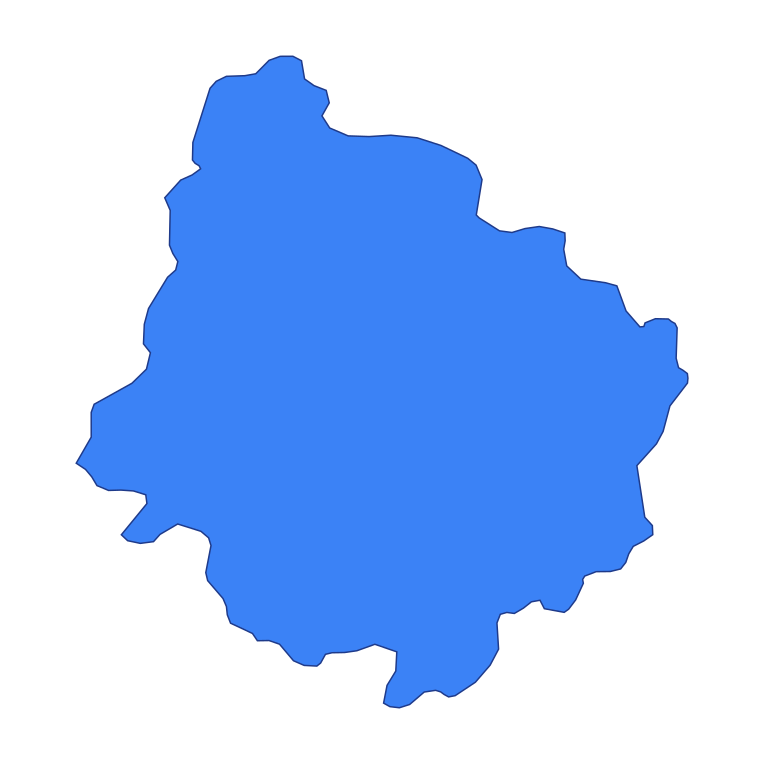 map outline of Łódź (Mercator projection), rotated 93°
{"feature_id": "POL-3147", "entity_name": "Łódź", "entity_type": "Voivodeship", "adm_level": 1, "iso_a3": "POL", "parent_name": "Poland", "parent_adm1": "", "projection": "mercator", "projection_center": [19.498, 51.569], "detail": "fine", "context": "isolated", "style": "filled", "palette": "blue", "viewbox_px": 768, "rotation_deg": 93, "n_neighbors": 0, "source": "natural_earth", "source_scale": "10m", "svg_char_len": 2032}
<svg xmlns="http://www.w3.org/2000/svg" viewBox="0 0 768 768"><g transform="rotate(93 384 384)"><path d="M367.2,81.0L390.9,97.3L416.8,102.8L429.5,108.8L452.3,127.2L503.4,116.6L511.3,108.6L520.4,107.7L527.1,116.3L533.1,126.6L540.8,130.7L549.5,133.2L556.3,138.0L559.4,148.2L560.3,162.3L565.3,173.5L568.8,175.4L572.6,174.5L589.6,181.3L599.2,187.8L602.6,192.1L600.0,212.1L591.8,216.9L593.8,225.4L600.5,233.0L606.3,241.8L605.7,249.4L607.9,255.8L616.7,258.7L642.8,255.7L659.2,263.3L677.0,277.1L691.5,296.6L693.1,303.1L690.9,307.7L688.5,311.3L687.2,316.4L689.5,327.7L702.7,341.6L706.5,351.7L705.9,361.2L702.7,367.7L684.8,365.2L670.0,357.2L650.8,357.2L644.4,379.5L651.8,397.1L654.2,409.3L655.1,421.9L657.0,428.3L666.0,432.7L669.2,436.3L669.2,449.0L665.1,459.9L649.3,474.7L646.2,485.4L647.0,497.0L640.0,502.3L630.9,524.7L622.7,528.4L614.5,529.7L606.7,533.5L589.6,549.8L581.7,552.1L554.4,548.3L546.8,551.1L540.7,559.1L534.6,582.7L545.9,599.8L553.5,605.9L555.9,619.0L553.9,631.8L548.3,638.4L515.8,614.5L507.1,616.1L503.9,628.7L503.7,641.2L504.7,653.5L500.5,665.3L492.0,671.0L484.9,677.6L479.2,687.2L452.4,673.6L427.7,674.9L419.4,672.4L396.4,635.7L381.6,622.0L365.0,618.9L356.5,626.3L336.9,626.5L320.9,623.1L288.7,605.7L281.1,598.0L272.5,596.3L264.7,601.7L256.6,605.5L221.8,606.6L209.5,612.7L191.0,597.7L185.3,586.6L178.7,578.4L175.7,580.1L173.5,584.2L170.3,587.0L152.8,587.5L97.8,573.2L90.5,567.4L85.0,557.5L83.4,539.1L80.9,528.3L66.8,515.7L62.2,504.8L61.5,492.1L65.5,483.3L83.5,479.3L89.7,469.5L93.8,457.1L106.1,453.4L119.5,460.0L131.2,451.6L138.1,432.8L137.7,411.8L135.2,390.1L136.4,363.8L142.8,339.6L154.2,312.2L160.6,303.5L174.7,296.8L210.4,300.7L213.2,297.6L225.0,276.7L226.0,264.1L221.4,251.3L218.6,237.2L220.3,223.6L223.7,211.3L231.5,210.6L240.0,211.6L256.5,207.7L269.0,192.9L271.3,167.9L273.8,156.6L298.4,146.1L313.6,131.4L313.0,127.5L309.3,126.5L304.6,116.4L304.2,103.4L306.5,100.3L308.3,96.6L312.6,94.2L343.0,93.6L352.3,90.7L354.6,86.2L357.7,81.6L362.3,80.8L367.2,81.0Z" fill="#3b82f6" stroke="#1e3a8a" stroke-width="1.5"/></g></svg>